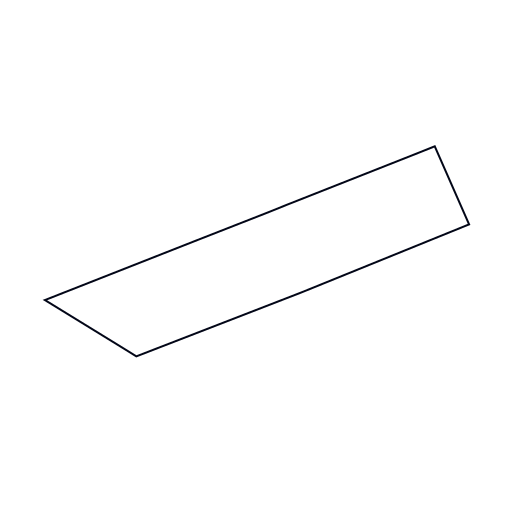 Horten nor, Vestfold, Norway (orthographic projection), rotated 351°
{"feature_id": "86288312B83701369955488", "entity_name": "Horten nor", "entity_type": "district", "adm_level": 2, "iso_a3": "NOR", "parent_name": "Norway", "parent_adm1": "Vestfold", "projection": "orthographic", "projection_center": [10.388, 59.378], "detail": "fine", "context": "isolated", "style": "outline", "palette": "ink", "viewbox_px": 512, "rotation_deg": 351, "n_neighbors": 0, "source": "geoboundaries", "source_scale": "gbopen_adm2", "svg_char_len": 297}
<svg xmlns="http://www.w3.org/2000/svg" viewBox="0 0 512 512"><g transform="rotate(351 256 256)"><path d="M294.6,299.2L471.4,258.1L449.7,175.6L434.0,179.2L294.2,210.3L275.6,214.6L200.5,231.1L40.6,266.5L110.2,326.1L122.1,336.4L294.6,299.2Z" fill="none" stroke="#020617" stroke-width="2"/></g></svg>